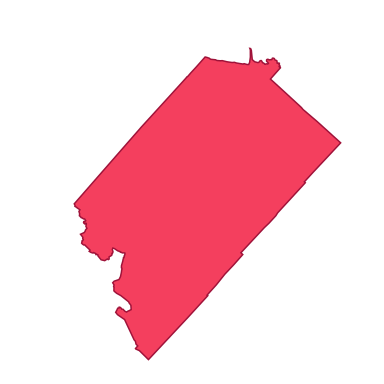 outline of St. Louis, Minnesota, United States of America, rotated 222°
{"feature_id": "52423323B88351202423300", "entity_name": "St. Louis", "entity_type": "district", "adm_level": 2, "iso_a3": "USA", "parent_name": "United States of America", "parent_adm1": "Minnesota", "projection": "robinson", "projection_center": [-92.282, 47.64], "detail": "fine", "context": "isolated", "style": "filled", "palette": "rose", "viewbox_px": 384, "rotation_deg": 222, "n_neighbors": 0, "source": "geoboundaries", "source_scale": "gbopen_adm2", "svg_char_len": 3459}
<svg xmlns="http://www.w3.org/2000/svg" viewBox="0 0 384 384"><g transform="rotate(222 192 192)"><path d="M112.2,38.3L111.1,97.1L110.9,125.5L111.8,125.4L111.8,139.3L112.6,152.8L112.3,166.2L112.4,179.5L115.0,179.6L114.4,213.9L113.9,220.4L113.8,230.4L114.4,233.8L114.0,274.7L115.3,274.7L115.2,287.6L114.4,328.0L146.0,328.1L164.7,327.6L167.2,328.0L193.4,328.3L209.3,328.4L209.4,340.0L209.4,343.5L210.5,344.1L210.5,343.7L210.6,343.4L211.1,343.5L211.1,344.2L211.2,344.6L211.5,344.8L212.2,344.8L212.7,345.0L212.9,345.7L213.2,346.1L213.7,346.0L214.5,345.1L214.9,344.8L216.7,346.3L217.5,346.2L218.4,345.7L219.1,345.8L219.9,346.2L220.4,346.2L221.1,345.9L221.7,345.4L221.8,345.1L221.7,344.8L221.3,343.9L221.5,343.5L222.1,343.0L222.9,342.0L223.5,341.7L224.3,341.5L224.8,341.0L225.0,340.5L224.9,339.9L224.7,339.7L224.1,339.1L222.2,339.0L221.3,338.7L221.3,338.0L221.4,337.8L221.8,337.5L222.3,337.2L222.8,336.6L223.0,335.9L223.3,335.7L224.6,335.8L225.2,335.7L226.1,335.3L227.6,335.9L228.4,336.0L228.7,335.9L229.3,334.5L229.1,334.0L229.1,333.0L229.7,332.2L232.4,330.8L233.5,330.7L235.8,330.7L242.7,337.0L244.4,337.8L245.1,337.4L243.8,336.7L238.9,331.3L235.9,326.9L235.2,324.7L235.4,324.6L236.2,323.7L239.2,322.2L239.6,321.3L245.3,317.6L247.2,316.8L248.8,315.1L252.8,312.4L256.6,310.3L257.5,309.8L258.6,308.6L261.5,306.4L263.0,306.0L266.7,303.3L267.5,303.0L268.6,303.0L271.0,302.0L272.6,301.1L272.5,287.8L272.6,279.4L272.5,274.7L272.8,274.3L272.7,272.2L272.9,233.3L273.1,206.6L271.6,104.4L270.3,103.9L269.6,103.5L269.4,103.0L267.4,103.4L267.1,103.3L266.5,103.4L265.7,103.5L263.4,103.8L263.0,101.9L260.9,100.6L259.8,99.0L258.5,99.1L258.3,99.1L258.1,99.0L258.1,98.9L257.0,98.8L256.4,99.2L255.4,99.3L254.4,99.5L254.0,99.9L253.8,100.1L253.4,100.1L252.7,99.8L252.4,99.7L251.9,99.7L251.7,99.2L251.9,98.7L251.9,98.2L252.5,98.0L252.6,97.5L252.3,97.2L252.3,96.9L251.6,96.5L250.3,96.5L250.1,96.6L250.0,97.0L250.3,97.2L250.2,97.5L249.6,97.9L249.4,97.8L249.4,97.7L249.0,97.4L247.9,95.5L245.8,94.7L245.7,92.4L245.1,91.3L245.0,89.7L246.6,86.0L242.8,85.3L241.9,84.1L240.9,83.9L240.7,82.5L241.0,82.2L241.0,81.9L240.6,81.7L239.8,80.1L238.4,80.0L237.0,80.2L236.3,80.9L235.2,80.8L228.9,80.6L228.7,79.1L226.6,79.5L224.7,80.4L224.5,80.7L224.5,81.2L222.7,81.7L221.4,81.2L220.9,81.9L221.0,82.0L219.8,82.3L219.4,81.8L219.1,81.6L214.2,80.8L210.9,82.6L210.1,85.6L209.0,85.7L208.7,86.7L210.2,88.3L209.3,91.1L210.0,92.7L210.1,93.0L210.4,93.0L210.2,93.7L210.7,94.7L212.8,96.0L213.3,97.4L211.9,98.0L207.7,98.6L206.8,99.1L206.4,99.1L205.5,99.6L205.3,99.6L205.1,99.4L204.6,99.5L204.4,99.8L203.4,100.0L202.9,100.2L201.8,101.3L201.0,101.7L200.5,101.2L199.9,100.3L199.8,100.1L199.8,99.7L199.7,99.3L199.2,98.9L199.1,98.5L199.1,98.2L199.1,97.9L198.8,98.0L198.7,97.9L198.6,97.6L198.7,97.2L198.5,96.6L197.9,95.4L197.4,94.7L196.3,92.5L195.1,90.0L193.9,88.6L193.6,88.4L193.2,88.5L192.5,87.8L192.0,86.9L190.5,84.7L188.5,81.2L187.7,78.1L190.2,73.6L190.2,71.5L187.8,70.8L187.1,69.8L187.2,69.6L187.0,69.3L186.8,69.1L186.1,69.0L185.8,68.5L183.9,66.3L183.0,66.2L180.2,66.3L175.5,67.4L165.5,68.0L164.6,67.5L161.6,66.9L158.5,63.9L159.0,62.8L159.0,62.4L159.9,60.6L160.3,59.0L162.0,58.5L164.9,58.7L165.8,57.9L166.6,58.2L167.9,58.3L168.7,58.0L169.1,57.6L168.9,57.3L168.6,57.1L168.6,56.9L169.3,56.2L169.2,56.1L169.2,55.9L169.3,55.4L169.0,54.7L168.2,51.5L165.3,51.0L156.7,52.1L136.1,43.4L134.2,43.2L131.8,41.5L129.3,41.3L129.3,37.9L128.7,37.7L125.0,38.9L112.2,38.3Z" fill="#f43f5e" stroke="#9f1239" stroke-width="1.5"/></g></svg>